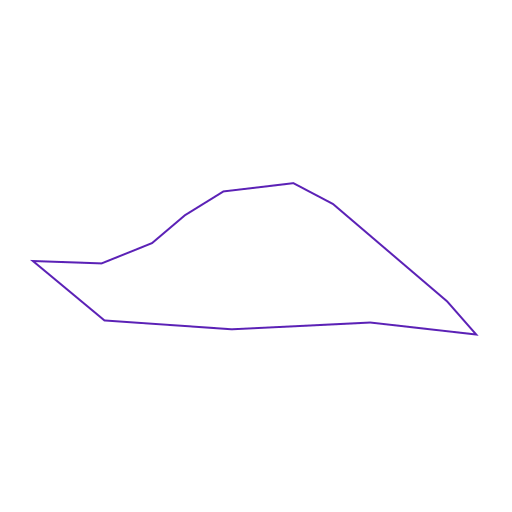 map outline of Mitiaro (Natural Earth projection), rotated 92°
{"feature_id": "COK-4954", "entity_name": "Mitiaro", "entity_type": "state/province", "adm_level": 1, "iso_a3": "COK", "parent_name": "Cook Islands", "parent_adm1": "", "projection": "natural_earth1", "projection_center": [-157.722, -19.812], "detail": "fine", "context": "isolated", "style": "outline", "palette": "violet", "viewbox_px": 512, "rotation_deg": 92, "n_neighbors": 0, "source": "natural_earth", "source_scale": "10m", "svg_char_len": 318}
<svg xmlns="http://www.w3.org/2000/svg" viewBox="0 0 512 512"><g transform="rotate(92 256 256)"><path d="M326.8,33.2L318.5,139.5L330.1,277.7L325.7,405.2L268.8,478.8L268.8,410.1L246.7,360.3L217.7,328.4L192.6,290.8L181.9,221.2L201.4,180.8L294.7,63.4L326.8,33.2Z" fill="none" stroke="#5b21b6" stroke-width="2"/></g></svg>